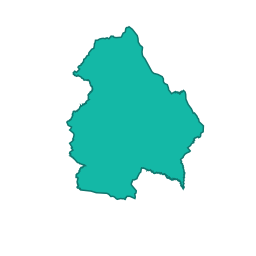 outline of Khok Charoen, Lop Buri, Thailand, rotated 220°
{"feature_id": "78962969B49481349278352", "entity_name": "Khok Charoen", "entity_type": "district", "adm_level": 2, "iso_a3": "THA", "parent_name": "Thailand", "parent_adm1": "Lop Buri", "projection": "mercator", "projection_center": [100.85, 15.427], "detail": "fine", "context": "isolated", "style": "filled", "palette": "teal", "viewbox_px": 256, "rotation_deg": 220, "n_neighbors": 0, "source": "geoboundaries", "source_scale": "gbopen_adm2", "svg_char_len": 5829}
<svg xmlns="http://www.w3.org/2000/svg" viewBox="0 0 256 256"><g transform="rotate(220 128 128)"><path d="M205.4,180.0L207.0,177.8L207.6,175.8L209.3,174.3L208.1,172.3L207.8,170.8L206.8,169.6L205.4,167.0L206.4,165.0L206.3,160.6L205.6,159.2L204.9,158.8L205.9,156.6L205.4,154.7L205.7,152.4L206.0,152.2L204.5,149.9L204.9,149.2L204.5,148.1L204.9,147.2L204.6,147.1L204.7,146.2L204.4,146.0L204.7,145.1L205.3,144.5L205.5,143.0L205.1,142.2L203.0,142.1L203.0,140.4L203.2,137.5L205.3,137.3L205.4,135.1L204.7,134.9L204.6,134.3L204.2,134.0L203.0,134.5L202.6,134.0L201.3,134.6L200.8,134.5L199.9,135.7L200.1,136.3L199.3,136.2L197.0,136.9L195.3,136.5L195.0,136.8L193.7,137.0L193.3,136.6L192.5,136.4L190.9,137.9L189.9,138.2L190.0,138.7L189.7,139.1L189.2,139.0L189.1,139.3L187.8,139.2L187.4,138.8L186.3,138.5L186.2,137.9L185.1,137.5L184.1,136.6L183.3,136.7L183.2,136.4L182.7,136.3L182.1,136.7L181.7,136.1L180.8,135.7L180.2,135.1L180.4,134.7L179.8,134.5L179.4,133.6L179.7,133.4L179.5,132.6L179.8,132.2L179.5,131.7L180.0,131.5L179.6,130.9L179.8,130.8L179.9,130.1L179.6,129.6L179.9,129.2L179.5,128.9L179.9,128.0L179.7,127.5L178.8,127.0L177.0,124.6L176.1,124.8L177.0,121.9L176.9,120.9L176.1,120.3L176.7,120.0L176.4,118.9L176.9,118.6L176.7,118.1L177.1,118.0L177.0,117.5L177.8,117.1L177.3,116.8L177.6,116.3L177.6,114.9L178.0,114.5L178.4,114.6L178.1,114.3L178.4,113.5L177.5,111.1L178.0,110.2L177.7,109.5L178.2,108.8L177.8,108.1L178.4,107.8L178.9,107.0L178.8,106.5L180.1,106.3L180.5,105.5L179.7,104.1L179.7,103.4L179.2,103.1L179.3,102.6L178.3,102.0L178.3,101.1L177.7,100.4L177.7,98.9L177.2,98.1L177.4,97.8L177.2,97.2L177.9,96.6L177.6,95.9L178.6,94.3L178.6,93.2L175.5,91.6L171.9,92.5L171.3,90.9L171.4,89.0L166.6,89.0L164.9,88.2L163.4,85.1L163.2,84.0L162.1,83.9L162.2,81.5L162.9,78.8L158.3,77.3L158.6,76.2L156.0,75.7L157.0,72.1L156.5,71.1L155.7,71.4L155.7,70.8L154.8,70.6L154.9,70.3L154.3,70.0L154.5,69.5L153.0,69.9L152.7,69.6L151.6,70.1L150.4,70.0L150.3,69.6L149.2,69.8L144.6,69.1L143.0,69.8L141.8,69.7L141.5,70.2L140.6,70.3L137.5,71.7L137.3,71.4L136.7,71.5L137.4,70.7L137.3,69.8L137.7,69.7L137.4,68.4L137.8,67.9L138.2,68.1L138.6,67.8L138.6,67.2L138.3,66.1L138.5,65.7L137.9,65.1L138.0,64.1L137.6,64.0L137.8,63.8L137.5,63.2L137.2,62.8L137.0,62.0L137.0,61.4L137.7,60.3L137.3,59.4L137.6,58.9L137.1,58.5L137.1,58.1L136.0,56.8L134.9,57.8L134.2,57.6L133.8,57.2L133.9,56.5L133.3,56.2L132.6,54.3L131.9,53.9L131.7,53.3L130.8,53.2L130.7,52.7L129.4,51.9L129.1,52.2L128.9,51.9L128.7,51.4L129.1,50.6L129.0,49.9L128.1,49.6L126.9,50.5L126.1,50.2L126.0,50.6L125.5,50.4L125.4,50.8L124.9,50.5L125.2,50.2L124.5,50.1L115.8,55.9L110.8,58.0L102.2,64.4L100.1,64.9L97.1,64.5L95.8,65.9L94.1,66.5L91.7,66.3L90.4,66.5L88.2,69.4L86.9,70.1L85.9,71.1L84.3,71.4L84.3,71.9L85.1,73.0L84.6,73.7L85.0,74.6L84.7,75.2L82.6,76.9L77.4,78.4L78.0,79.7L80.5,81.9L80.1,83.3L81.3,85.2L88.5,86.5L89.2,86.9L90.1,88.2L90.0,88.6L90.5,89.2L90.3,89.6L91.1,91.2L89.8,92.4L88.6,95.0L89.2,96.4L90.2,100.8L89.9,102.4L91.7,105.4L91.5,106.0L91.8,106.3L90.6,106.9L90.6,107.3L88.8,107.8L88.5,108.1L87.4,107.9L86.4,108.6L86.1,108.0L85.9,108.7L85.1,108.5L84.5,109.1L84.0,109.9L84.0,110.3L82.5,110.3L82.5,109.8L82.1,109.7L81.7,109.8L81.2,110.4L81.1,109.8L80.5,110.2L79.1,109.9L78.4,110.3L78.3,111.0L77.9,111.1L77.7,111.9L77.3,112.0L77.4,112.4L76.6,112.4L76.5,112.9L75.9,112.9L75.6,113.8L74.5,113.7L74.1,114.5L73.7,114.0L73.4,114.9L72.9,114.6L71.4,114.8L70.8,115.5L71.0,116.1L70.6,116.5L70.1,116.1L69.1,116.5L69.0,116.0L68.4,115.9L67.8,116.3L67.9,115.8L67.5,115.9L67.5,115.5L66.2,114.9L65.3,115.1L65.0,115.5L64.8,116.2L65.4,116.3L65.1,116.9L63.9,116.8L63.9,115.8L62.9,116.0L63.0,116.4L61.5,116.2L61.5,116.7L61.0,116.9L61.2,117.2L60.6,117.2L60.9,116.9L60.6,116.7L60.1,117.3L60.4,117.7L59.8,118.3L60.2,118.5L59.0,118.8L59.2,119.1L58.9,119.1L58.8,119.6L57.8,119.8L57.3,120.5L56.3,119.9L55.7,119.9L55.8,120.4L55.2,120.4L54.9,120.9L54.5,120.5L54.1,120.7L54.0,120.3L53.5,120.6L53.0,120.5L52.5,120.1L52.5,119.3L51.1,119.1L50.7,118.1L50.3,118.1L50.2,117.9L49.4,117.6L48.9,118.3L48.8,118.0L48.4,118.2L47.9,117.3L46.7,116.9L47.0,117.6L46.7,118.0L47.0,118.8L49.0,119.7L49.4,121.4L50.9,122.1L51.3,123.8L52.5,124.7L52.8,125.5L53.4,125.7L53.2,126.2L53.7,126.2L54.0,127.5L55.0,127.9L55.3,128.4L55.0,128.9L55.6,130.0L56.2,129.8L56.3,130.3L57.2,130.5L57.3,130.9L58.2,131.7L60.6,133.2L60.4,133.6L61.3,134.0L61.6,134.6L62.7,134.8L63.3,135.5L64.7,135.2L65.1,135.5L65.0,135.9L65.3,136.0L65.6,137.0L66.7,137.1L67.5,137.7L66.9,141.0L67.3,141.6L67.6,144.3L67.0,146.5L65.6,149.5L65.6,150.4L69.6,151.2L68.8,155.0L69.2,156.0L69.2,157.3L68.3,159.0L69.2,159.3L69.1,159.7L69.5,159.7L69.3,160.8L69.5,160.7L69.8,161.8L70.5,161.8L70.3,163.7L69.9,163.7L68.9,166.4L67.7,166.0L67.1,167.3L67.1,168.2L67.8,169.4L68.2,169.5L68.8,171.1L68.0,173.4L71.6,178.1L77.5,178.5L79.9,180.3L81.4,180.5L82.8,181.4L86.8,182.2L87.5,181.3L91.7,183.4L97.0,184.7L102.2,187.3L105.5,190.9L107.2,192.1L107.7,192.3L109.6,192.4L109.6,191.1L110.1,191.0L109.9,190.4L110.7,190.3L110.9,189.5L110.4,189.4L110.8,188.9L110.3,188.9L110.3,188.1L110.0,187.9L110.3,187.4L110.6,187.8L111.7,187.8L111.8,187.4L112.0,187.5L112.1,187.0L112.6,186.8L113.3,186.7L113.4,187.2L114.5,186.4L115.1,186.4L115.4,185.5L115.0,185.3L115.7,185.0L116.7,182.3L121.5,183.4L122.7,184.6L125.7,186.4L128.3,185.7L129.9,185.9L130.9,186.5L132.5,188.4L134.8,189.3L139.4,188.3L143.4,186.4L145.9,186.5L159.4,191.8L162.8,192.5L164.4,193.6L166.2,195.3L168.6,199.0L169.7,199.3L171.7,199.1L175.4,200.4L177.9,203.0L180.3,204.7L188.1,206.4L192.3,206.2L192.3,205.5L193.7,203.9L193.5,202.5L191.9,200.0L192.0,199.0L192.7,197.5L191.6,193.8L191.7,193.0L195.1,189.7L196.9,188.5L198.1,188.8L198.2,188.4L199.2,188.2L200.0,187.5L200.1,187.1L199.7,186.5L200.0,186.0L199.8,184.5L200.1,184.0L201.4,183.8L201.9,183.2L202.1,183.4L202.8,182.4L202.8,181.7L204.3,181.0L205.4,180.0Z" fill="#14b8a6" stroke="#0f766e" stroke-width="1.5"/></g></svg>